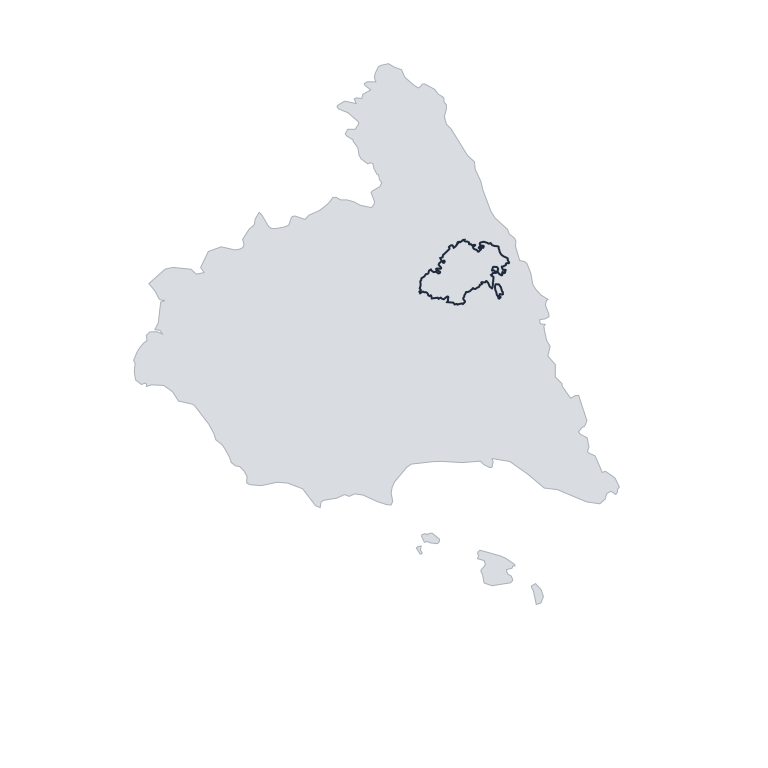 Burgos on a map of Spain (orthographic projection), rotated 57°
{"feature_id": "ESP-5810", "entity_name": "Burgos", "entity_type": "Autonomous Community", "adm_level": 1, "iso_a3": "ESP", "parent_name": "Spain", "parent_adm1": "", "projection": "orthographic", "projection_center": [-3.389, 42.329], "detail": "fine", "context": "in_parent", "style": "outline", "palette": "slate", "viewbox_px": 768, "rotation_deg": 57, "n_neighbors": 0, "source": "natural_earth", "source_scale": "10m", "svg_char_len": 9773}
<svg xmlns="http://www.w3.org/2000/svg" viewBox="0 0 768 768"><g transform="rotate(57 384 384)"><path d="M402.4,200.4L402.5,202.3L405.7,205.7L415.0,207.6L417.4,209.0L417.0,213.8L414.9,218.0L416.9,219.8L419.2,219.7L421.8,216.3L422.5,218.4L426.8,220.4L436.2,223.9L442.9,224.2L449.9,231.4L461.0,229.7L471.3,236.5L480.7,234.5L482.9,235.8L497.5,235.3L498.0,229.4L499.6,227.0L525.3,233.8L528.7,238.7L528.3,241.2L530.0,247.0L533.3,246.6L539.8,242.9L548.6,246.5L551.2,249.9L553.0,250.1L559.3,246.1L577.1,249.1L577.6,246.3L578.8,245.4L586.0,242.4L589.0,241.5L598.5,242.7L599.9,246.0L601.9,247.1L602.8,249.9L597.5,252.1L597.3,257.1L601.0,261.1L602.0,268.3L593.1,278.4L566.9,296.2L558.5,306.3L538.3,312.4L517.5,320.7L505.4,333.9L508.7,334.8L512.7,338.9L511.5,340.9L506.1,344.1L501.2,345.2L492.5,361.2L480.2,377.9L475.7,385.4L466.1,404.6L466.2,410.1L471.9,428.6L475.0,433.4L479.3,437.4L487.2,440.6L489.3,444.0L486.7,447.4L479.1,453.6L465.8,462.0L460.2,468.4L459.2,474.5L455.2,477.4L454.0,485.8L448.8,497.7L448.5,500.8L452.9,504.9L448.8,507.7L427.6,509.3L414.6,518.8L408.2,527.1L402.4,542.3L395.3,551.4L392.0,553.1L387.0,549.2L380.8,548.7L374.7,550.0L371.6,553.2L366.6,554.9L361.7,553.5L351.2,552.7L346.6,552.9L339.3,555.4L333.0,553.7L322.4,552.8L299.5,554.6L296.7,555.5L286.4,565.6L275.2,565.6L265.1,569.6L258.2,579.3L256.7,584.6L254.8,583.3L253.2,583.7L252.3,587.7L245.3,590.1L237.5,586.6L231.2,581.5L227.7,581.0L222.4,573.2L220.2,568.2L218.7,562.9L218.6,559.2L213.8,556.9L212.8,552.0L216.5,545.9L221.4,542.6L216.9,542.7L213.6,546.6L209.8,540.0L193.7,526.7L194.7,522.3L191.8,525.6L189.9,526.3L181.5,525.4L171.7,526.5L168.5,504.9L171.3,497.5L182.7,483.3L189.6,481.6L192.6,474.2L186.4,474.3L177.2,459.2L180.3,445.8L190.4,436.0L192.2,432.0L192.7,428.2L191.0,425.5L185.7,423.8L180.7,412.8L179.8,406.0L175.5,402.1L172.1,395.3L175.5,394.4L189.2,395.0L192.5,393.4L195.2,389.1L198.1,381.8L198.9,377.4L193.8,370.8L193.7,369.4L194.5,367.3L203.0,360.5L201.5,355.2L203.3,344.1L202.9,337.5L202.2,332.1L199.7,325.1L201.6,322.4L206.0,320.1L209.6,314.6L214.7,310.1L221.3,306.5L229.2,298.5L228.1,294.8L225.6,292.5L216.4,290.6L215.8,288.9L216.2,279.9L213.9,276.2L210.5,276.5L205.5,274.7L204.2,275.7L197.7,275.1L193.2,273.3L191.2,274.6L190.5,277.7L182.8,280.6L178.5,280.3L171.5,277.2L163.5,277.7L162.5,277.0L155.5,280.3L153.2,280.3L150.6,275.7L154.7,269.4L151.8,263.1L149.7,262.8L136.8,266.5L129.1,272.0L126.1,272.5L125.1,271.4L125.3,263.0L133.6,254.6L128.7,253.7L129.1,251.1L132.5,247.2L129.5,243.9L130.1,234.9L123.1,237.4L121.3,236.8L121.5,233.2L126.2,226.3L121.8,225.2L118.7,222.2L114.9,216.0L115.1,212.9L117.8,205.8L124.0,202.7L130.1,198.1L138.0,199.5L150.2,196.0L154.4,194.0L154.4,190.9L153.2,188.6L154.5,186.5L164.5,181.0L170.3,180.7L176.4,177.9L180.2,180.1L183.7,179.6L187.6,182.1L192.6,187.7L200.2,190.2L206.4,188.8L237.9,189.5L246.9,187.1L253.7,190.6L267.1,192.5L275.1,195.4L297.4,200.3L305.5,200.4L321.8,196.1L326.3,197.3L332.8,195.1L335.9,195.5L340.0,198.7L354.3,202.9L358.0,199.3L360.8,198.5L371.1,200.6L381.6,205.0L387.0,205.2L394.9,203.9L402.4,200.4ZM606.4,382.4L610.4,383.8L614.4,381.9L616.6,382.3L618.8,382.9L619.6,386.2L612.0,403.3L605.4,408.4L598.1,405.4L593.9,404.8L592.6,403.6L591.3,398.3L589.3,396.8L586.6,396.2L581.4,400.8L579.6,398.1L576.9,397.8L575.8,396.2L575.7,394.0L591.6,380.0L596.3,376.9L606.3,372.8L607.9,373.2L606.7,375.2L608.2,376.9L606.4,382.4ZM653.1,371.7L651.9,376.4L639.0,371.4L634.9,371.1L633.8,370.3L633.9,365.6L642.1,364.3L649.0,366.0L653.1,371.7ZM540.1,433.0L538.7,436.3L532.4,435.5L531.0,434.3L532.1,430.6L533.9,430.0L533.9,427.4L535.6,424.7L544.4,422.0L546.5,423.7L547.0,426.2L542.0,432.2L540.1,433.0ZM546.9,445.7L546.0,446.4L539.1,446.2L538.8,444.1L540.1,441.0L542.8,443.8L546.7,444.1L546.9,445.7Z" fill="#d9dde1" stroke="#a8b0b8" stroke-width="1"/><path d="M362.6,241.4L359.9,242.3L358.8,242.1L358.2,241.9L355.7,241.6L354.0,241.8L353.4,242.1L353.3,242.4L353.7,243.0L353.8,243.4L353.9,243.8L353.6,244.2L353.1,244.8L353.0,245.2L351.8,246.5L351.8,246.9L351.9,247.1L352.2,247.1L352.6,247.0L352.9,246.9L353.2,247.0L353.4,247.2L353.5,247.5L353.5,247.9L353.4,248.4L353.1,249.1L353.0,249.5L353.1,249.9L353.7,250.3L353.9,250.6L354.0,250.9L354.2,251.2L354.3,251.6L354.3,251.9L354.0,253.0L354.0,254.2L354.0,254.6L354.1,255.0L354.1,255.4L353.5,256.5L353.2,256.7L352.5,256.9L352.1,257.1L352.0,257.4L352.2,257.7L352.4,257.9L352.5,258.3L352.5,259.2L352.6,260.1L352.8,260.5L352.9,261.2L352.8,262.3L352.3,264.0L352.1,264.4L351.6,264.9L351.6,265.1L352.9,267.1L353.0,267.5L353.3,268.2L353.6,268.5L354.2,268.9L354.6,269.5L354.8,269.9L354.9,270.3L355.3,270.9L355.9,271.2L356.4,271.2L356.7,271.2L357.3,271.2L357.9,271.1L358.3,271.0L358.6,271.0L358.9,271.1L359.2,271.4L359.3,271.8L359.4,272.2L359.6,272.5L359.9,274.3L359.0,274.6L357.8,277.5L357.6,278.7L357.4,279.2L357.1,279.3L356.8,279.2L356.4,279.4L356.3,279.7L355.7,281.5L354.6,281.4L353.4,281.7L349.7,286.5L348.7,284.7L347.4,284.0L347.2,283.8L347.0,283.5L346.4,282.8L345.7,282.7L345.1,283.2L345.1,284.4L345.5,287.7L345.4,287.9L345.3,288.0L343.8,289.0L342.4,289.5L342.3,291.8L340.9,291.9L338.3,297.3L335.6,296.3L335.2,296.4L335.0,296.7L335.0,297.1L335.0,297.9L333.8,298.6L331.8,298.1L330.8,298.3L329.8,298.9L329.6,299.2L329.1,300.1L328.8,300.4L327.9,300.9L327.6,301.3L327.6,301.8L327.6,304.3L325.9,304.1L325.3,301.9L323.3,302.0L321.2,299.5L317.6,297.6L317.1,296.2L315.7,295.0L315.8,292.2L315.7,291.3L314.7,289.2L315.3,287.7L315.4,286.6L313.4,284.4L313.5,282.3L314.9,282.4L317.0,281.5L317.3,281.3L317.5,280.9L317.7,280.5L317.8,279.4L317.9,279.2L320.4,278.5L320.9,278.1L321.2,277.5L321.2,276.9L321.1,276.3L320.8,276.0L320.4,275.9L316.8,277.7L316.0,277.7L315.9,276.7L318.1,273.9L318.2,273.4L317.9,272.9L317.5,272.7L313.9,273.3L313.7,273.2L312.9,272.2L312.3,268.6L309.0,268.3L309.6,265.8L307.8,264.0L307.9,263.3L306.3,255.1L306.5,255.0L304.7,255.1L304.4,254.7L304.2,253.9L304.3,252.1L304.5,251.6L304.8,251.2L305.4,251.0L307.7,251.3L307.6,249.3L306.9,247.0L306.5,246.2L305.6,245.4L305.6,245.5L305.4,245.2L306.2,244.9L305.8,243.3L306.6,242.7L306.5,240.8L306.2,239.6L306.3,239.0L306.9,238.0L307.0,238.2L307.2,238.5L307.7,238.7L308.8,238.1L310.1,236.4L311.1,235.8L311.6,235.6L312.1,235.8L312.7,236.4L313.0,236.5L313.3,236.3L313.6,235.9L314.0,235.0L315.5,234.7L316.6,232.2L316.9,232.0L317.2,231.9L317.3,232.0L317.4,232.3L317.4,233.8L317.3,234.7L318.7,235.1L319.3,235.0L320.0,234.8L320.5,234.5L321.9,233.3L322.5,233.1L323.9,233.2L324.3,232.9L324.5,232.6L324.5,232.2L324.5,231.9L324.4,231.6L324.1,231.1L324.0,230.6L324.1,230.1L324.0,229.7L323.9,229.3L323.6,229.1L323.2,229.1L322.7,229.3L322.4,229.7L322.1,230.2L321.8,230.4L321.5,230.4L321.2,230.2L321.0,229.9L321.0,229.5L320.9,228.9L321.0,228.6L321.2,228.4L321.2,228.1L321.3,227.9L322.4,227.8L323.6,227.1L323.8,226.7L323.7,226.4L323.2,225.7L323.0,225.4L322.6,225.3L322.0,225.5L321.8,225.8L321.4,226.5L321.2,226.8L320.2,227.4L319.4,227.6L319.1,227.6L318.7,227.4L318.4,227.2L318.1,226.8L318.0,226.4L317.9,226.1L318.0,225.7L318.9,223.2L319.3,222.5L319.6,222.3L319.9,222.1L320.6,221.7L321.4,220.8L322.0,220.4L322.6,220.2L323.0,220.0L323.5,219.5L323.7,219.0L323.7,218.1L323.9,217.9L324.3,217.8L324.7,217.7L325.8,217.8L326.1,217.8L326.5,217.6L327.1,217.1L327.8,216.7L328.2,216.3L328.8,215.7L329.7,214.5L330.5,213.6L331.1,213.2L331.5,213.2L331.8,213.3L332.4,213.8L332.8,214.0L333.9,214.2L335.0,214.5L336.0,215.0L336.8,215.1L337.5,215.1L338.6,215.2L339.7,215.1L342.1,214.2L345.3,212.1L345.7,212.0L346.1,211.9L346.3,212.0L346.6,212.1L347.2,212.7L348.1,212.8L349.4,212.8L350.2,213.0L350.5,213.1L350.6,213.3L350.6,213.8L349.9,214.4L349.7,214.8L349.4,215.6L349.5,216.1L349.7,216.4L350.4,216.7L350.6,217.1L350.6,217.7L350.4,218.7L350.4,219.9L350.1,220.5L349.9,220.8L349.7,221.2L349.9,221.4L350.2,221.5L351.4,221.9L352.6,221.9L352.8,222.0L353.3,221.8L354.0,220.3L354.7,219.9L355.0,220.1L355.2,220.3L355.2,220.9L355.5,221.2L356.2,221.5L356.5,221.8L356.6,222.1L356.5,222.5L356.4,222.9L356.2,223.1L355.1,223.3L354.6,223.3L354.6,223.7L355.2,224.4L355.7,224.8L356.8,225.2L357.0,225.5L357.0,225.8L357.0,226.1L356.8,226.3L356.6,226.5L356.1,226.6L355.8,226.6L355.3,227.1L355.0,227.3L354.7,227.4L353.9,227.4L353.2,227.6L352.9,227.6L351.3,227.3L351.0,227.2L350.7,227.0L350.5,226.8L350.3,226.1L350.0,225.8L349.7,225.6L348.8,225.4L347.5,225.6L347.1,225.9L346.8,226.2L346.7,226.6L346.2,227.2L345.7,227.8L345.5,228.2L345.3,228.6L345.3,228.9L345.5,229.2L346.0,229.7L347.2,231.3L347.5,231.5L347.9,231.5L348.0,231.2L348.0,230.9L348.3,230.3L348.6,230.0L348.9,229.8L349.2,229.7L350.0,229.8L350.3,229.6L350.6,229.3L351.1,228.5L351.5,228.4L351.7,228.6L351.9,229.0L351.8,229.6L351.5,230.1L351.1,230.8L350.7,231.3L350.4,231.8L350.3,232.2L350.3,232.6L350.4,233.0L350.7,233.3L351.0,233.5L351.2,233.9L351.0,234.4L350.9,234.8L351.4,234.8L351.5,234.8L352.5,234.5L353.7,233.9L355.0,234.6L356.1,235.6L356.8,236.2L357.4,236.4L358.4,237.7L359.4,238.1L362.0,240.3L362.4,240.8L362.6,241.4ZM314.2,268.4L314.8,268.2L315.0,267.9L314.9,267.1L314.7,266.7L314.3,266.3L313.8,266.2L313.4,266.3L313.3,266.5L313.1,266.7L313.0,267.0L313.1,267.8L313.3,268.0L314.2,268.4ZM365.8,233.3L366.8,233.3L367.3,233.5L367.8,233.7L370.2,234.4L370.7,234.5L371.1,234.4L371.4,234.3L371.7,234.3L371.9,234.4L372.0,234.7L372.3,234.9L372.6,235.1L372.9,235.2L373.3,235.2L373.5,235.3L373.4,235.8L373.3,236.0L373.2,236.3L372.9,237.0L372.7,237.2L372.5,237.4L372.0,237.5L371.8,237.6L371.8,237.9L371.7,238.1L371.9,238.3L372.5,239.0L372.9,239.5L373.1,239.7L373.4,239.7L373.6,239.6L373.8,239.5L374.2,239.1L374.4,238.9L374.7,238.9L374.8,239.0L374.9,239.3L375.0,239.7L375.1,240.1L375.2,240.8L375.1,241.0L374.7,241.2L374.2,241.3L374.0,241.2L373.9,241.0L373.5,240.8L370.5,240.8L368.5,239.9L365.8,239.4L363.4,238.3L362.4,237.5L361.4,236.5L361.2,236.1L361.3,235.7L361.9,235.0L362.7,233.8L362.9,233.5L363.3,233.4L365.8,233.3Z" fill="none" stroke="#1e293b" stroke-width="2"/></g></svg>